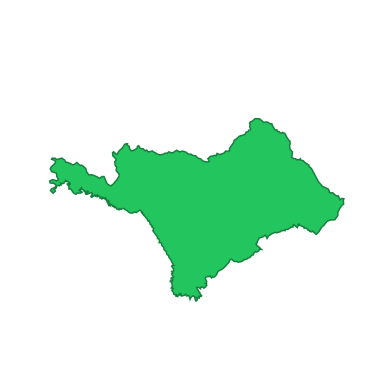 Lebríja, Santander, Colombia (orthographic projection), rotated 300°
{"feature_id": "7082276B58843088778995", "entity_name": "Lebríja", "entity_type": "district", "adm_level": 2, "iso_a3": "COL", "parent_name": "Colombia", "parent_adm1": "Santander", "projection": "orthographic", "projection_center": [-73.316, 7.235], "detail": "fine", "context": "isolated", "style": "filled", "palette": "green", "viewbox_px": 384, "rotation_deg": 300, "n_neighbors": 0, "source": "geoboundaries", "source_scale": "gbopen_adm2", "svg_char_len": 6072}
<svg xmlns="http://www.w3.org/2000/svg" viewBox="0 0 384 384"><g transform="rotate(300 192 192)"><path d="M287.1,210.0L283.4,208.7L281.6,207.4L280.4,207.4L279.9,208.3L277.2,209.5L275.9,211.2L275.0,211.5L273.9,210.3L272.3,210.3L270.9,209.0L268.1,209.0L263.9,205.0L260.3,204.0L257.9,202.7L255.7,203.3L248.4,202.7L246.5,203.9L244.7,202.0L244.4,200.7L241.8,200.3L238.3,197.4L237.9,194.4L235.5,194.7L234.9,193.0L233.4,192.0L232.3,190.2L228.8,189.1L227.5,191.4L226.3,191.2L225.0,188.9L224.3,186.1L225.0,182.9L224.3,180.1L225.2,177.1L224.0,174.2L224.3,172.1L223.0,170.5L223.5,166.8L222.7,163.3L220.5,161.1L220.4,157.7L216.4,155.9L215.3,154.0L215.3,151.9L213.1,151.0L212.1,149.2L210.5,148.4L208.1,145.8L207.3,141.8L207.7,141.0L207.4,138.7L207.8,137.3L205.2,134.6L204.9,133.4L205.7,131.9L204.2,130.7L205.0,128.0L204.2,126.5L204.0,124.9L205.2,123.5L205.3,122.5L204.2,121.9L202.4,122.6L198.2,120.2L197.6,119.4L197.5,118.1L198.5,116.1L200.0,114.8L200.3,112.4L201.5,112.1L201.4,111.4L199.5,109.8L195.8,109.8L190.8,108.2L187.0,108.4L186.8,107.5L187.7,104.1L186.4,103.5L183.7,105.4L182.6,109.7L181.2,110.4L179.7,109.9L176.3,112.5L176.1,114.2L172.5,115.7L171.4,119.2L170.3,120.6L168.8,121.0L165.3,120.8L159.8,119.9L156.7,118.7L156.5,115.4L157.1,113.7L161.4,108.1L160.5,106.4L157.5,105.2L157.7,102.2L157.1,97.4L155.3,94.1L156.7,90.8L159.2,88.3L160.1,83.4L159.1,81.4L160.0,77.5L156.9,76.2L155.9,75.1L155.6,69.8L154.7,67.9L156.0,65.6L156.3,62.4L152.5,58.6L152.8,56.6L151.5,54.0L150.1,54.0L150.7,57.6L149.1,59.2L143.2,57.5L141.2,57.7L139.5,60.3L140.5,65.2L137.8,67.2L136.3,69.7L135.1,70.0L134.1,69.4L133.2,65.3L130.5,63.3L128.9,64.6L130.4,68.1L130.3,70.1L129.5,71.1L127.9,71.2L124.3,68.8L122.5,68.7L121.5,72.3L124.3,73.2L125.5,71.7L127.6,72.3L129.6,71.8L131.2,73.3L131.2,74.2L132.2,74.2L132.7,75.1L134.0,73.8L134.5,75.8L135.7,76.7L136.5,76.4L137.7,77.0L139.0,76.8L138.3,78.4L139.1,79.4L138.5,82.3L137.6,82.6L137.5,80.5L136.4,80.0L136.0,80.5L136.8,80.8L136.7,81.6L133.0,84.0L134.1,85.2L131.9,89.9L131.8,91.5L132.2,92.8L133.8,93.2L135.0,95.6L136.6,97.0L137.0,96.8L137.0,94.4L138.6,94.6L137.8,93.5L140.6,94.1L139.2,95.6L139.6,96.8L138.7,98.4L139.5,98.7L139.4,99.3L137.2,100.7L137.0,101.4L137.7,102.3L139.1,100.5L140.6,101.1L140.6,101.8L139.5,102.0L138.6,103.1L141.0,105.0L141.1,106.1L140.7,106.5L137.5,106.7L137.1,107.5L137.9,108.2L139.2,107.5L138.8,108.5L140.1,109.4L140.8,109.1L141.0,110.4L140.2,109.7L140.0,110.3L141.7,111.4L140.9,111.5L140.4,112.2L142.0,112.9L141.5,113.8L141.8,114.7L140.9,115.3L141.4,115.6L140.9,117.0L141.9,117.2L141.5,117.9L142.1,118.4L142.6,117.5L142.8,118.9L142.3,120.3L143.5,120.0L143.2,121.2L142.0,122.4L142.6,123.5L141.2,123.4L142.1,124.8L140.7,124.6L140.8,125.5L140.1,125.2L140.1,125.8L139.1,125.9L138.7,126.8L139.0,127.6L140.1,127.2L139.7,128.1L140.6,127.6L141.1,128.7L140.0,130.4L140.8,131.2L140.1,131.6L140.7,132.4L139.9,132.8L140.7,133.9L139.6,135.2L140.0,137.3L140.9,137.2L140.7,138.1L141.6,138.2L141.5,139.3L143.0,140.0L143.7,141.6L143.2,142.5L143.5,144.2L142.9,147.3L143.1,149.5L144.3,151.4L145.9,152.1L146.4,154.1L149.9,155.7L150.4,156.8L149.2,158.4L149.7,159.0L149.4,159.7L148.4,159.7L148.3,161.8L147.7,161.9L146.1,167.1L145.3,167.5L144.9,168.7L145.5,169.2L145.3,169.9L143.1,171.9L143.3,172.7L142.6,173.4L142.6,174.6L141.7,174.7L141.5,176.9L140.2,177.1L139.5,177.8L138.8,177.6L135.9,184.5L134.5,185.3L134.6,187.0L133.8,188.1L131.7,188.9L132.4,190.0L132.4,191.0L130.7,192.5L129.7,195.5L128.3,196.3L127.6,199.1L125.3,201.7L125.2,203.5L124.1,204.4L123.2,206.1L123.1,207.3L121.7,208.7L119.4,213.0L118.5,211.5L117.5,211.5L116.1,214.6L114.4,215.5L113.1,214.1L112.2,215.9L111.6,215.3L110.7,215.3L109.0,218.6L107.5,217.2L106.4,217.2L106.6,219.0L105.4,219.5L104.6,219.3L104.7,218.0L103.9,217.7L103.2,220.0L100.3,222.3L98.5,222.0L99.1,224.0L96.8,223.6L95.6,226.4L94.5,227.2L94.4,228.5L95.3,229.9L93.1,230.4L94.8,230.7L94.4,231.9L96.1,231.9L96.7,233.0L97.7,231.9L98.4,233.6L96.7,234.1L96.6,234.9L98.7,237.0L100.3,237.8L99.2,239.2L100.5,240.8L100.5,241.6L98.1,243.9L100.1,243.8L102.5,244.6L102.6,246.5L99.6,249.6L99.7,250.1L101.3,250.5L102.9,248.7L103.6,251.3L104.3,251.3L105.1,250.1L106.3,252.2L107.0,252.2L107.8,249.9L108.9,248.9L108.8,247.9L109.7,247.2L110.9,244.4L111.8,243.7L112.7,245.9L112.5,247.8L113.8,247.1L115.1,248.9L114.6,250.3L116.9,251.4L117.6,251.1L118.5,251.5L119.5,250.4L119.5,249.5L120.2,250.2L121.9,249.4L123.9,246.6L124.6,246.4L126.7,247.7L127.6,249.8L128.4,249.8L127.4,252.0L128.8,252.3L129.0,253.2L129.9,254.0L132.4,254.6L136.4,254.2L140.4,256.8L143.0,257.7L149.7,259.2L151.9,258.7L153.0,259.3L153.6,259.9L152.9,263.5L154.0,264.9L154.3,267.1L156.5,269.6L159.4,271.1L161.2,273.0L162.5,273.4L164.2,274.9L167.3,275.5L168.1,276.4L169.5,276.1L172.3,276.9L172.5,278.2L174.1,279.2L176.3,279.2L177.0,280.8L178.1,276.4L177.9,275.0L179.1,273.5L180.5,273.9L181.8,273.3L185.9,273.3L188.5,275.8L191.4,277.2L189.3,280.2L192.1,280.2L195.6,281.9L198.8,284.3L198.8,285.5L201.6,288.3L202.7,288.6L205.0,291.2L205.0,291.9L206.2,291.6L207.4,293.5L209.9,295.0L210.5,294.8L212.4,297.0L212.7,296.4L214.6,296.3L213.8,301.0L216.0,300.8L216.9,300.0L217.6,300.3L217.7,301.2L217.0,301.7L217.6,306.1L216.7,307.3L217.6,308.1L217.6,311.3L216.9,311.7L217.4,313.2L216.9,313.5L217.1,315.3L218.5,316.2L217.8,317.8L218.2,318.3L217.4,319.9L217.6,321.0L221.3,321.8L226.5,321.9L229.0,322.9L233.7,323.5L236.7,325.5L239.4,329.6L244.6,330.0L247.2,328.5L250.7,328.2L255.6,328.5L257.3,329.4L260.2,327.4L262.1,326.9L261.5,325.2L259.2,324.0L261.8,320.7L261.2,320.3L260.9,317.7L261.7,314.4L260.2,311.7L260.6,310.7L261.5,310.6L261.8,309.5L262.7,308.7L262.1,302.2L264.2,296.2L271.5,284.7L272.5,282.1L272.3,281.0L273.8,279.6L273.9,275.8L274.7,272.5L274.0,270.4L275.0,269.2L273.5,268.7L272.3,266.6L272.6,265.0L271.9,263.7L271.8,261.1L276.9,259.0L277.9,255.9L278.8,254.9L281.3,253.1L282.6,253.0L285.0,251.4L285.2,250.0L286.7,246.9L289.2,243.1L288.9,240.7L287.7,240.2L287.3,239.0L287.8,237.4L287.3,235.3L288.2,234.6L287.4,232.7L289.8,228.3L290.9,227.3L290.9,226.4L290.0,225.2L290.4,223.1L290.0,221.5L288.1,219.3L289.2,214.0L287.1,210.0Z" fill="#22c55e" stroke="#15803d" stroke-width="1.5"/></g></svg>